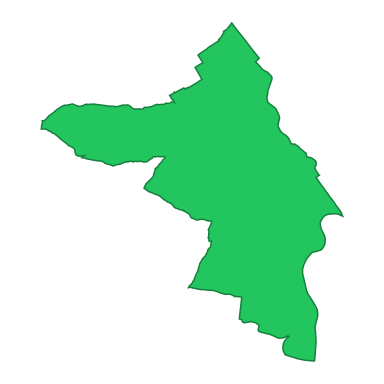 the district of Ionesti, Gorj, Romania
{"feature_id": "2599482B1441582003717", "entity_name": "Ionesti", "entity_type": "district", "adm_level": 2, "iso_a3": "ROU", "parent_name": "Romania", "parent_adm1": "Gorj", "projection": "orthographic", "projection_center": [23.41, 44.619], "detail": "fine", "context": "isolated", "style": "filled", "palette": "green", "viewbox_px": 384, "rotation_deg": 0, "n_neighbors": 0, "source": "geoboundaries", "source_scale": "gbopen_adm2", "svg_char_len": 6000}
<svg xmlns="http://www.w3.org/2000/svg" viewBox="0 0 384 384"><path d="M243.8,38.5L234.9,27.3L231.8,23.0L226.9,29.2L223.7,31.3L224.1,31.7L222.8,34.2L221.1,37.2L219.9,38.6L218.8,39.4L219.3,40.3L213.0,44.6L209.3,46.8L208.0,47.8L207.4,48.5L198.2,54.8L198.1,55.3L203.0,62.8L200.5,64.0L195.1,67.4L201.9,79.3L198.2,81.8L198.1,82.0L187.9,88.0L187.7,87.6L184.6,89.1L183.9,87.9L178.3,90.8L174.9,92.8L174.2,92.1L173.9,92.9L173.6,93.3L169.6,95.4L170.9,97.1L171.0,97.9L172.1,99.4L172.4,99.2L172.8,99.6L174.2,102.4L173.3,101.8L172.4,101.7L170.9,102.3L169.9,103.1L169.2,103.4L167.7,103.2L166.9,103.3L166.1,103.1L164.9,103.9L163.9,104.3L161.1,104.4L159.4,104.8L157.9,104.4L156.0,104.6L151.4,106.6L149.5,106.9L147.0,107.5L145.7,107.3L144.5,107.3L144.0,107.7L143.2,108.8L142.2,109.2L139.9,108.9L137.4,109.1L133.9,108.9L132.9,108.5L129.1,105.4L128.3,105.1L127.2,105.0L125.1,105.1L122.8,105.1L119.9,105.8L118.4,106.4L115.9,106.7L114.8,106.4L109.4,106.2L102.8,105.2L101.2,105.2L100.0,104.7L98.1,104.7L95.8,104.4L94.0,104.0L92.6,104.2L89.8,104.2L89.0,104.5L86.1,104.2L84.6,104.7L82.8,105.7L79.9,106.4L79.0,106.4L78.0,106.1L74.1,104.7L73.2,104.1L72.3,104.0L66.2,105.3L64.3,105.2L62.6,106.0L58.0,108.8L55.5,110.7L53.5,112.6L49.3,115.5L48.1,116.7L46.6,118.7L45.5,119.7L43.7,120.8L42.2,120.8L42.0,121.1L42.1,121.3L42.6,121.9L42.7,122.3L41.7,125.1L41.3,129.2L42.5,129.0L45.0,129.0L45.7,129.1L47.2,129.8L49.6,131.3L50.9,131.7L52.0,132.8L52.4,133.1L55.2,134.0L56.1,135.2L57.3,136.0L60.8,139.2L65.1,142.5L66.0,143.1L68.6,145.5L71.1,146.8L72.1,147.1L73.7,148.4L74.6,149.3L74.9,150.5L75.0,152.1L75.5,153.2L75.9,154.9L78.3,156.1L80.9,156.1L84.1,155.7L81.8,157.6L84.9,158.2L85.7,158.6L94.0,160.3L102.1,161.3L104.0,162.4L104.9,163.2L107.7,164.2L110.3,164.8L113.1,166.0L114.2,165.7L116.5,164.7L117.8,164.5L118.8,164.6L119.8,164.1L121.1,163.9L122.4,163.1L123.4,162.8L124.1,162.3L125.7,162.2L126.9,161.7L127.7,161.9L128.5,161.5L129.1,161.7L129.6,161.6L130.8,161.1L133.5,162.0L134.2,161.4L135.0,161.2L137.4,161.6L139.0,161.5L140.4,161.1L143.7,162.1L144.6,162.0L146.1,162.0L148.5,160.7L150.2,159.2L151.9,158.5L152.3,158.1L152.6,157.1L153.7,156.8L155.4,156.9L156.9,156.4L158.2,156.5L159.5,156.8L161.1,156.7L164.9,156.8L165.0,157.7L164.4,158.7L162.8,159.9L162.3,161.0L160.2,163.5L159.5,163.9L157.8,166.6L157.1,167.1L156.8,167.8L155.6,168.1L155.3,168.5L155.6,168.7L154.9,170.1L155.1,170.8L153.8,173.7L153.6,175.0L153.1,176.6L152.5,177.6L151.9,178.1L151.2,178.6L149.1,180.9L147.2,182.6L145.7,184.3L145.7,184.8L145.1,185.6L144.2,187.5L144.1,188.2L146.5,190.0L149.2,191.9L150.3,192.1L154.7,194.0L158.4,195.3L159.2,195.7L162.0,197.9L163.5,199.4L163.9,199.7L165.5,200.4L167.0,201.4L167.7,202.2L168.6,202.5L169.5,202.7L171.2,203.7L172.4,204.8L174.2,207.2L175.2,207.9L176.1,208.3L177.6,208.6L178.3,209.1L179.5,209.6L183.2,210.2L182.8,210.5L184.7,211.4L189.2,214.1L189.8,215.0L190.7,217.0L191.7,218.0L193.2,218.5L196.0,219.8L197.5,220.1L199.8,219.4L203.5,219.4L204.4,219.5L206.9,220.6L208.9,221.0L210.6,220.9L211.7,221.4L210.8,224.4L210.5,224.8L210.4,225.5L209.8,226.7L209.6,227.4L208.5,229.0L208.4,229.9L208.8,231.3L208.9,232.1L208.3,238.3L209.3,238.3L209.1,239.6L208.9,239.9L208.9,240.8L209.3,241.3L210.0,241.5L211.6,241.1L211.3,242.1L210.6,246.9L208.0,249.4L207.4,251.9L206.8,253.1L206.1,254.2L205.5,255.6L205.0,256.4L204.6,256.8L203.6,257.5L202.9,258.2L202.3,259.0L202.0,259.8L199.9,263.4L197.7,271.1L195.5,275.8L194.0,279.7L193.9,280.6L193.0,281.2L192.1,283.3L190.0,285.3L189.0,286.6L188.4,287.6L189.6,287.4L190.8,287.5L197.0,288.9L200.8,289.6L204.8,289.7L208.2,290.2L212.7,290.4L214.3,290.7L216.6,291.4L220.8,293.1L225.0,294.3L226.7,294.4L228.0,293.9L228.8,294.2L229.9,294.2L230.5,294.5L231.5,294.6L232.5,295.4L233.5,295.7L234.4,296.1L234.6,296.7L236.1,296.3L238.0,296.7L239.9,296.7L241.5,297.1L241.7,297.6L241.5,299.3L239.3,319.0L241.6,319.5L242.2,321.2L243.0,322.4L243.9,322.7L245.1,322.7L251.1,321.6L255.8,322.8L258.7,325.2L259.0,325.8L259.0,326.6L258.5,327.8L258.2,329.7L258.2,330.2L258.4,330.7L258.6,331.1L259.3,331.7L260.7,332.1L261.7,332.5L262.9,332.6L266.0,333.5L269.9,334.4L273.8,336.0L277.5,337.8L278.6,338.1L280.2,338.2L282.8,337.9L284.5,337.5L286.9,336.2L288.0,335.9L288.8,336.3L289.1,336.6L287.7,337.4L285.7,339.5L284.4,341.3L283.5,343.4L283.1,345.1L282.9,347.3L283.0,349.1L283.2,350.4L283.9,352.4L285.4,354.9L297.7,358.7L301.4,359.5L305.5,360.3L314.4,361.0L314.8,358.6L315.0,356.3L316.0,342.3L315.9,337.9L315.6,335.0L315.6,332.8L315.2,329.3L315.1,327.2L315.6,324.3L317.4,317.4L317.7,315.7L317.8,314.3L317.4,310.8L316.9,308.9L314.6,304.5L309.8,296.7L308.7,295.3L307.9,293.8L306.6,290.7L302.6,273.6L302.6,269.1L303.7,265.1L306.0,260.0L307.3,258.0L308.9,256.1L310.0,255.0L311.2,253.3L312.1,252.6L314.8,251.7L317.2,251.2L320.4,250.2L321.5,249.5L323.3,247.4L324.5,244.9L324.9,243.8L325.2,241.4L325.2,239.2L324.9,237.1L324.4,235.5L321.5,229.7L320.6,226.6L320.2,223.1L320.5,221.7L321.3,220.2L323.1,217.3L324.6,215.9L325.9,215.1L328.0,214.3L330.2,214.0L336.2,213.8L337.3,214.0L339.1,214.6L341.2,215.5L342.7,216.2L341.7,214.0L341.8,213.7L339.8,210.3L336.0,205.2L334.0,202.2L331.4,198.7L329.7,196.8L328.2,194.2L325.8,191.2L324.0,188.6L319.3,182.2L317.6,179.5L316.1,177.4L319.4,175.1L318.3,174.2L315.4,169.5L314.8,168.0L315.0,167.0L315.5,166.0L315.9,165.5L316.0,164.8L316.2,164.1L316.1,162.4L315.8,161.2L314.0,159.6L311.6,158.1L310.5,157.6L308.1,157.1L306.9,156.6L306.5,156.0L306.4,155.4L306.4,154.4L306.2,153.7L305.7,152.8L305.3,152.5L304.8,152.5L303.1,150.8L300.6,148.9L299.9,148.2L298.8,146.9L297.9,146.1L296.9,145.4L295.4,144.6L294.6,143.9L293.3,144.3L292.2,144.0L291.2,143.3L290.7,142.7L289.4,139.7L287.9,137.3L285.9,135.4L283.5,133.9L281.6,132.5L280.4,130.8L278.0,126.1L278.4,123.1L279.3,119.4L279.6,117.7L279.3,116.4L278.2,113.6L275.9,108.9L274.3,107.3L267.9,102.5L266.9,98.1L267.0,96.8L267.7,93.6L267.8,91.5L268.0,90.5L268.7,88.3L271.8,79.5L272.0,77.8L271.9,77.2L271.3,76.1L267.8,72.5L266.8,71.8L264.7,70.8L262.3,69.3L259.9,66.4L255.6,61.7L259.2,58.2L253.1,50.6L243.8,38.5Z" fill="#22c55e" stroke="#15803d" stroke-width="1.5"/></svg>